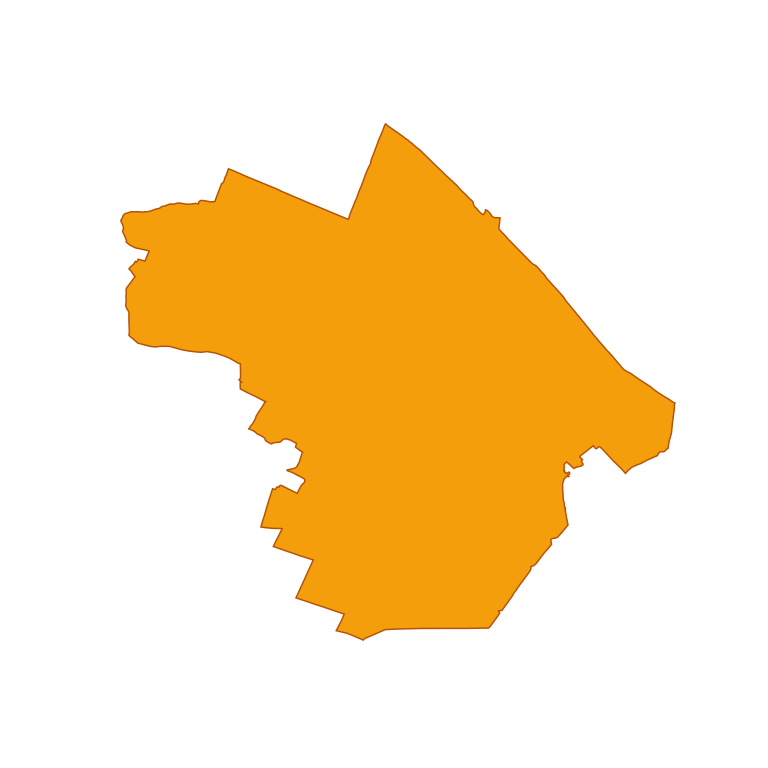 the district of Balacita, Mehedinti, Romania, rotated 12°
{"feature_id": "2599482B9762255986035", "entity_name": "Balacita", "entity_type": "district", "adm_level": 2, "iso_a3": "ROU", "parent_name": "Romania", "parent_adm1": "Mehedinti", "projection": "natural_earth1", "projection_center": [23.124, 44.377], "detail": "fine", "context": "isolated", "style": "filled", "palette": "amber", "viewbox_px": 768, "rotation_deg": 12, "n_neighbors": 0, "source": "geoboundaries", "source_scale": "gbopen_adm2", "svg_char_len": 6120}
<svg xmlns="http://www.w3.org/2000/svg" viewBox="0 0 768 768"><g transform="rotate(12 384 384)"><path d="M536.9,601.1L538.8,598.1L541.6,591.6L542.3,590.3L544.8,584.1L544.5,583.6L543.2,582.7L543.1,582.2L543.3,581.9L544.2,581.8L546.6,580.9L546.6,580.5L549.0,575.2L549.2,574.7L549.6,574.0L550.6,571.8L551.3,569.9L551.4,569.3L552.0,568.3L553.6,564.6L554.4,561.8L555.9,558.8L557.4,554.9L559.0,551.2L559.7,549.9L561.3,546.2L565.2,537.6L565.9,535.6L566.1,534.2L565.6,532.2L567.3,531.1L568.1,530.6L569.0,529.6L570.1,528.0L571.7,524.7L571.9,524.4L574.8,518.0L576.2,515.2L577.7,512.7L581.3,506.0L579.5,501.7L579.8,500.8L581.0,500.1L584.0,498.9L585.8,497.6L588.6,492.7L593.3,483.6L590.0,476.0L587.7,470.2L587.0,467.3L586.5,467.4L585.6,465.0L585.2,463.8L585.2,463.3L584.1,461.4L582.8,457.8L582.1,454.9L580.4,448.8L580.3,448.1L579.4,444.1L579.6,442.4L579.9,441.7L579.7,441.2L579.7,440.0L581.6,436.8L582.3,436.2L583.7,436.3L584.0,436.1L583.1,435.5L582.6,435.0L584.2,433.7L584.2,432.6L583.7,431.8L583.3,431.7L582.8,432.0L582.3,432.7L580.1,433.7L579.9,433.4L579.8,432.6L578.4,432.3L577.8,431.6L577.7,431.3L578.0,430.9L578.5,430.5L578.4,430.3L577.6,429.7L577.5,429.2L577.6,428.5L577.9,427.8L577.1,426.7L576.8,426.0L576.9,425.3L578.7,422.3L579.8,422.8L582.6,424.4L587.3,427.2L589.3,425.4L593.8,423.4L595.1,422.0L595.4,421.4L595.4,421.1L595.1,420.6L593.3,418.8L593.1,418.4L593.2,417.9L594.0,416.8L590.6,414.5L590.6,414.0L601.5,400.9L604.3,403.1L604.7,403.2L605.4,402.9L607.3,400.6L607.9,400.4L611.6,402.6L623.6,411.1L633.3,417.2L636.5,419.5L638.4,421.0L638.7,421.3L638.9,421.1L640.5,418.2L643.7,413.9L647.9,410.8L651.7,408.4L657.6,403.4L660.7,401.3L663.4,399.1L665.2,398.1L666.3,397.0L666.9,394.9L667.4,393.9L667.8,393.3L668.4,392.9L669.8,392.5L671.7,392.1L672.4,391.5L673.3,390.3L674.0,389.0L675.0,388.3L675.2,387.7L675.2,386.8L674.8,381.9L674.8,380.1L674.8,379.0L675.1,376.9L675.3,371.6L674.3,362.6L673.0,346.9L672.5,344.6L672.5,342.7L672.5,342.0L671.6,342.0L669.1,341.2L665.8,339.6L664.4,339.3L658.3,337.1L652.4,334.8L648.4,333.0L646.0,331.6L638.4,328.6L633.3,326.7L622.7,322.2L620.4,321.7L617.3,320.7L614.8,319.5L601.3,309.1L593.4,303.5L579.8,293.1L568.4,283.7L544.4,264.6L540.9,261.1L521.8,247.3L517.9,243.7L514.2,241.2L510.7,238.5L508.6,237.1L507.2,236.4L504.7,235.8L503.0,234.8L474.3,215.8L473.4,214.9L464.6,208.9L463.8,207.4L463.5,202.9L463.0,197.4L460.8,197.6L458.6,198.2L456.5,198.2L455.1,197.7L454.2,196.9L453.2,195.8L451.7,194.5L449.2,193.0L447.8,192.5L447.1,192.5L447.3,193.8L446.9,195.5L446.2,197.5L445.2,197.6L443.7,197.0L439.3,194.2L438.9,193.6L437.0,192.4L435.7,191.8L434.2,189.8L433.8,188.5L433.5,187.9L432.6,186.9L427.5,183.9L425.7,182.5L421.2,179.8L417.9,177.6L414.7,175.3L414.1,174.7L406.2,170.0L400.9,166.9L396.9,164.3L388.6,159.2L370.1,147.4L368.2,146.6L364.7,144.8L361.3,142.8L358.0,141.3L356.9,140.5L354.8,139.8L352.0,138.4L345.0,135.3L339.4,133.0L333.7,130.5L331.5,129.2L331.1,130.1L330.7,131.8L330.0,137.0L329.7,138.1L329.5,139.3L328.2,145.8L325.8,162.2L325.3,164.6L324.9,167.5L324.9,172.1L323.9,174.9L322.3,183.2L320.6,195.3L319.6,199.9L318.5,208.5L317.4,212.8L317.4,214.0L316.0,221.4L315.2,226.4L315.3,227.6L315.1,229.3L314.7,230.4L269.4,221.9L266.0,221.1L255.0,219.1L252.4,218.5L245.1,217.1L237.6,215.3L235.1,214.9L208.2,210.0L193.3,206.9L187.1,205.8L186.3,212.3L185.3,215.8L185.4,216.6L185.5,217.0L185.1,219.5L184.5,220.8L183.3,222.3L183.4,222.5L183.4,223.3L182.8,225.8L180.6,240.7L177.4,241.6L177.0,241.9L176.1,242.0L174.4,241.9L168.4,242.2L166.7,242.6L166.0,243.1L165.3,243.9L165.0,244.4L165.2,246.3L162.2,246.5L157.7,248.2L153.5,249.2L146.2,249.5L143.8,250.2L141.7,251.5L137.1,252.5L132.3,255.6L130.4,256.2L129.9,256.5L127.7,258.9L125.2,260.0L123.2,261.1L120.3,263.0L117.8,264.3L111.3,266.2L108.3,266.5L100.3,268.3L98.6,269.5L95.5,271.0L94.1,272.8L93.9,273.2L93.6,275.9L93.0,277.1L92.7,278.1L92.8,279.4L95.2,282.5L96.7,285.3L96.9,286.0L96.5,288.1L96.6,288.9L97.0,289.7L100.6,294.6L101.3,295.8L102.4,297.2L102.2,298.7L105.6,300.5L107.0,301.1L112.1,302.4L113.8,302.6L117.5,302.5L126.6,302.6L124.7,313.4L117.7,313.1L116.8,316.2L115.3,315.8L114.3,318.5L113.9,319.2L111.0,323.3L110.6,324.4L111.0,324.8L112.9,325.9L115.6,328.6L118.3,330.8L117.1,332.7L115.1,337.5L112.8,342.2L112.3,343.8L112.0,345.2L112.9,348.2L113.3,351.7L114.6,356.5L114.9,360.5L116.2,363.1L116.8,363.9L118.7,365.6L119.7,367.3L121.5,375.8L124.0,385.6L124.3,387.8L124.3,389.2L125.4,390.2L129.1,392.0L134.7,395.2L144.7,395.7L149.4,395.7L151.5,395.4L153.9,395.0L155.3,394.3L158.1,393.5L164.6,392.1L167.1,391.8L178.4,392.5L185.2,392.4L193.4,391.7L198.9,390.9L203.5,389.3L204.5,389.1L212.4,388.8L216.2,389.1L225.0,390.3L228.7,391.2L237.3,394.0L239.3,394.1L239.9,397.1L240.5,399.2L241.9,405.6L242.2,407.5L242.4,408.3L242.4,408.7L241.3,409.7L241.3,410.1L245.1,411.9L243.0,411.9L243.5,414.8L244.5,418.7L252.0,420.8L260.8,422.9L269.0,425.2L272.7,426.0L271.8,426.2L271.1,426.8L270.3,429.8L268.0,435.5L265.6,442.0L265.5,444.6L263.6,450.5L263.0,451.4L261.0,456.0L264.2,456.5L267.1,457.3L268.1,457.8L270.0,459.0L271.7,459.5L272.9,459.6L276.8,461.0L278.4,461.7L279.9,463.9L282.4,465.0L285.1,465.8L286.7,466.0L287.1,465.1L287.9,464.7L290.3,463.7L293.5,462.8L294.9,462.0L296.8,459.2L298.7,458.2L301.0,458.0L304.6,458.4L308.7,459.7L310.9,460.4L310.5,464.2L315.1,466.3L318.4,467.5L317.6,474.8L317.5,477.3L317.1,479.1L316.5,480.5L316.2,482.1L316.0,482.9L315.5,483.6L314.3,484.8L313.3,485.4L307.1,488.2L307.5,489.0L308.4,489.0L313.0,489.7L323.4,492.6L326.2,493.7L326.7,495.4L326.7,496.2L326.5,497.0L324.9,499.2L324.2,500.5L323.7,502.0L322.4,506.5L322.1,509.0L312.3,506.6L305.5,504.7L304.1,504.6L303.5,504.8L303.1,505.2L302.8,506.5L302.6,506.8L301.3,506.8L300.6,507.1L300.3,507.7L299.9,509.5L299.6,509.9L296.8,509.6L295.7,520.4L295.2,525.4L294.4,537.2L293.6,545.3L293.4,549.5L298.4,549.1L305.3,548.3L310.0,547.5L312.0,546.9L314.4,546.7L312.9,552.9L310.9,560.2L309.5,566.0L338.8,569.6L347.0,570.4L351.4,570.7L342.4,611.5L392.9,617.3L391.5,624.5L388.6,635.2L399.3,635.5L404.0,636.2L416.9,638.8L418.5,636.6L423.7,633.0L435.4,624.6L437.3,623.7L448.8,620.7L471.5,615.3L516.4,605.7L533.3,601.8L536.9,601.1Z" fill="#f59e0b" stroke="#b45309" stroke-width="1.5"/></g></svg>